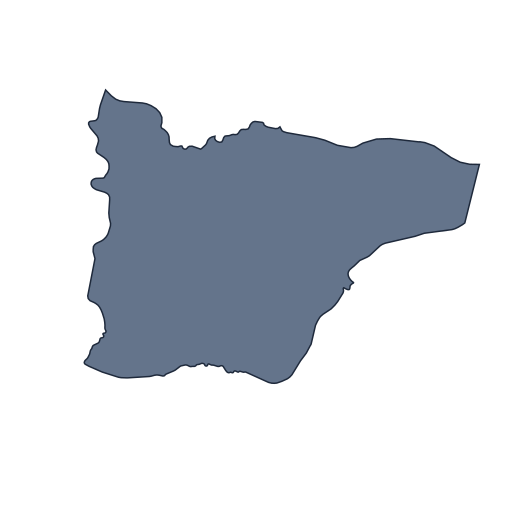 SVG path tracing the border of Sud-Kivu, rotated 284°
{"feature_id": "COD-1894", "entity_name": "Sud-Kivu", "entity_type": "Province", "adm_level": 1, "iso_a3": "COD", "parent_name": "Democratic Republic of the Congo", "parent_adm1": "", "projection": "mercator", "projection_center": [28.022, -3.333], "detail": "fine", "context": "isolated", "style": "filled", "palette": "slate", "viewbox_px": 512, "rotation_deg": 284, "n_neighbors": 0, "source": "natural_earth", "source_scale": "10m", "svg_char_len": 4758}
<svg xmlns="http://www.w3.org/2000/svg" viewBox="0 0 512 512"><g transform="rotate(284 256 256)"><path d="M406.1,386.2L406.5,387.7L406.9,392.4L405.8,402.3L398.7,421.5L396.4,431.4L396.7,441.2L398.9,450.6L372.3,450.6L338.6,450.6L336.3,448.7L332.7,445.0L330.5,442.3L329.0,439.7L318.8,413.8L313.6,405.6L299.7,378.3L297.9,375.8L296.9,374.8L295.6,373.7L283.7,366.0L281.8,364.1L276.8,357.8L270.2,353.7L267.7,351.8L265.3,350.2L263.1,349.5L260.9,349.6L258.7,350.6L257.0,352.0L255.6,353.7L254.7,355.1L253.9,357.0L253.6,357.1L253.3,357.0L252.5,356.1L251.5,355.4L251.1,355.1L250.5,354.8L249.9,354.6L249.3,354.6L248.4,354.7L247.8,354.8L247.2,354.8L246.6,354.8L246.0,354.5L245.7,353.8L245.6,352.8L245.9,350.9L246.4,349.2L246.4,348.8L245.9,348.5L245.3,348.6L243.6,349.3L243.0,349.4L242.5,349.4L241.3,349.4L231.6,346.3L227.4,344.4L222.9,341.7L215.8,335.2L213.1,333.3L211.6,332.6L207.7,331.4L203.2,330.5L184.1,330.8L183.2,330.7L182.1,330.3L174.0,328.3L165.0,324.5L149.5,319.6L146.8,318.1L144.5,316.2L140.6,311.3L137.8,307.0L136.9,304.5L136.4,301.9L136.4,298.7L140.9,274.1L140.8,273.4L140.3,272.3L140.2,271.6L140.3,268.3L139.9,267.7L139.1,267.0L139.0,266.4L139.1,265.7L139.4,264.4L139.4,263.5L139.2,262.9L138.7,262.5L138.2,262.3L137.7,262.2L137.4,262.0L137.1,261.7L137.0,261.2L137.0,260.5L137.1,259.6L136.9,259.1L136.4,258.4L136.2,258.0L136.1,257.4L136.2,256.6L136.5,255.8L137.6,254.3L140.8,251.0L141.1,250.5L141.3,249.8L141.2,248.8L140.9,248.2L140.6,247.8L140.3,247.4L140.1,247.2L139.9,246.7L139.7,246.1L139.6,245.4L139.8,241.7L139.8,241.0L139.4,239.1L139.9,236.3L139.6,235.7L139.1,235.5L138.2,235.4L137.7,235.2L137.4,234.8L137.1,234.2L137.2,233.6L137.4,233.0L138.4,232.2L138.7,231.8L138.9,231.1L138.9,230.1L138.8,229.5L138.6,229.1L137.3,227.3L137.0,226.7L136.3,225.0L136.0,224.6L134.9,224.1L134.5,223.7L134.1,223.2L133.4,220.7L132.9,219.6L132.8,218.8L132.9,217.9L133.3,216.2L133.4,215.2L133.3,214.4L133.2,213.8L131.2,209.8L130.6,209.1L125.7,205.2L124.4,203.7L120.0,197.8L119.2,196.9L117.8,196.2L117.4,195.7L117.0,194.6L116.9,190.8L116.6,188.6L115.8,186.5L114.0,183.3L113.3,181.7L106.6,160.6L105.3,154.5L105.1,151.9L106.2,134.8L108.6,120.6L109.7,116.4L110.1,115.8L110.8,115.2L111.6,115.1L112.8,115.3L113.5,115.6L115.5,116.9L116.6,117.4L120.6,118.3L123.9,118.2L124.8,118.4L125.5,118.6L125.9,118.8L126.2,119.0L126.9,119.1L127.8,119.1L128.5,119.2L129.2,119.4L129.7,119.6L130.1,120.0L130.5,120.4L133.0,123.5L133.4,123.9L133.9,124.3L134.4,124.5L135.0,124.7L138.2,124.8L138.8,125.2L139.1,125.7L139.4,126.3L139.6,126.8L140.0,127.3L140.4,127.6L141.1,127.7L141.7,127.6L142.9,126.6L143.3,126.3L143.9,126.5L144.3,127.0L144.5,127.6L144.8,128.1L145.1,128.4L145.8,128.7L146.5,128.7L147.2,128.4L148.0,127.7L148.8,127.1L150.0,126.7L152.3,126.2L155.0,125.3L158.3,123.9L163.4,120.8L166.4,118.6L168.7,116.4L170.1,114.5L171.1,112.2L171.7,110.2L172.5,105.8L174.1,103.5L176.6,102.4L214.5,100.4L220.7,97.0L223.1,96.4L225.8,96.0L227.9,96.7L229.6,98.0L233.3,102.5L235.1,104.1L237.9,105.8L240.3,106.7L242.2,107.1L249.9,107.5L252.5,107.0L257.8,104.3L262.1,102.8L275.2,100.4L277.8,99.7L279.8,98.1L280.7,96.3L281.3,93.7L281.7,85.1L282.3,82.9L283.1,81.0L284.2,79.7L285.8,78.6L287.3,78.3L288.6,78.3L289.9,78.8L291.0,79.6L291.9,80.7L292.6,81.9L294.5,88.6L295.0,89.5L295.7,89.9L298.1,90.6L300.0,91.5L301.8,92.0L304.9,92.3L307.6,91.7L309.9,90.9L311.8,89.5L313.4,87.5L314.8,84.8L317.4,77.5L318.4,76.1L320.3,75.1L322.6,75.0L325.5,75.3L329.5,75.4L332.1,74.4L334.1,72.7L339.8,64.8L341.1,63.4L343.4,61.7L344.8,61.4L346.0,61.9L346.6,62.7L348.2,66.7L348.8,67.8L350.2,68.7L352.3,69.3L361.4,68.5L365.1,68.5L380.7,69.9L376.4,76.9L374.2,82.0L373.6,86.2L373.9,90.5L377.0,108.8L377.2,113.0L376.5,117.8L374.7,123.4L371.8,127.9L367.8,131.1L362.6,132.4L359.2,132.3L358.3,132.7L357.1,133.8L356.9,134.8L356.5,136.1L355.6,137.8L354.3,139.9L352.6,141.6L350.6,142.8L348.2,143.5L345.1,144.6L343.4,146.0L342.5,149.1L342.8,151.6L343.2,153.9L344.4,156.0L344.8,157.4L342.8,159.2L342.4,160.7L342.8,162.2L343.8,163.0L345.1,163.6L346.3,164.8L347.1,167.5L346.3,176.4L347.2,177.3L351.6,180.2L353.1,180.8L356.6,181.2L359.0,182.4L360.8,184.4L362.3,187.2L360.0,187.5L358.5,188.8L357.7,190.7L357.5,193.2L358.4,195.2L360.5,195.8L363.0,196.0L364.7,196.8L365.2,197.7L366.3,200.9L368.0,203.4L368.5,204.6L368.7,206.4L369.5,208.3L371.2,209.3L373.4,210.0L375.1,211.1L375.8,213.0L376.3,215.4L377.3,217.5L379.5,218.4L381.7,218.6L383.6,219.4L385.3,220.6L386.3,222.4L387.1,229.1L387.2,229.9L386.7,231.2L385.2,232.0L384.3,234.0L383.9,236.4L384.3,244.1L385.1,246.4L387.1,248.0L386.5,248.5L383.8,251.0L383.3,252.6L383.1,256.0L383.7,264.4L385.1,283.6L385.2,285.6L385.0,294.8L384.3,299.7L383.1,308.2L384.1,322.0L385.2,325.1L386.9,327.6L391.4,332.4L398.6,344.6L401.8,355.8L402.4,358.0L406.1,386.2Z" fill="#64748b" stroke="#1e293b" stroke-width="1.5"/></g></svg>